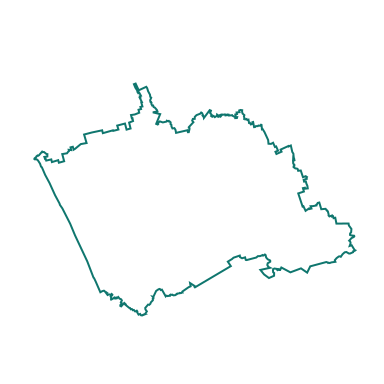 Angel R. Cabada, Veracruz, Mexico, rotated 246°
{"feature_id": "50627088B47201282051967", "entity_name": "Angel R. Cabada", "entity_type": "district", "adm_level": 2, "iso_a3": "MEX", "parent_name": "Mexico", "parent_adm1": "Veracruz", "projection": "albers", "projection_center": [-95.399, 18.593], "detail": "fine", "context": "isolated", "style": "outline", "palette": "teal", "viewbox_px": 384, "rotation_deg": 246, "n_neighbors": 0, "source": "geoboundaries", "source_scale": "gbopen_adm2", "svg_char_len": 5986}
<svg xmlns="http://www.w3.org/2000/svg" viewBox="0 0 384 384"><g transform="rotate(246 192 192)"><path d="M250.3,212.9L252.5,201.5L255.6,202.2L257.5,201.9L258.0,200.0L260.2,199.9L261.8,200.5L262.8,200.0L264.3,200.8L265.5,200.3L265.7,199.7L266.4,199.7L266.9,198.3L267.3,198.0L266.7,197.4L267.4,193.7L269.6,191.3L269.1,189.6L268.7,189.0L267.8,188.8L267.6,188.1L268.8,187.0L276.1,194.6L280.7,188.6L279.7,193.2L281.2,193.3L284.2,192.4L285.2,191.5L286.8,191.7L287.1,190.8L289.0,190.7L290.0,191.3L290.8,190.8L291.1,191.1L291.5,190.8L292.3,190.9L293.1,191.3L294.7,193.1L295.9,192.6L298.0,193.2L301.9,192.9L305.2,193.3L306.7,193.0L306.6,184.7L314.0,184.6L314.1,182.8L310.3,182.7L306.5,183.3L306.6,183.7L305.4,183.6L305.4,182.9L304.1,183.1L304.2,184.2L300.6,184.5L300.6,183.2L299.3,183.2L299.4,182.6L294.4,182.8L294.5,182.1L290.3,181.5L290.7,179.5L288.5,179.2L288.9,176.6L285.9,176.0L286.1,171.3L287.1,167.6L283.7,167.0L283.6,167.6L280.8,167.0L281.0,162.8L275.0,161.7L275.6,157.6L281.8,158.6L283.1,150.7L279.0,150.2L279.4,147.7L279.9,144.9L280.5,144.9L282.0,134.5L284.9,135.0L287.1,124.7L288.4,116.8L279.6,115.6L281.0,109.9L279.0,102.7L278.8,101.1L281.8,101.5L282.2,99.2L279.4,98.7L280.7,96.5L279.4,96.2L279.0,94.9L278.2,93.6L279.4,88.9L272.1,87.7L272.9,82.3L275.5,82.7L276.3,76.2L279.0,76.7L280.0,71.6L281.8,71.8L281.9,71.2L284.1,71.4L283.3,74.3L285.4,75.3L285.9,74.5L288.8,73.0L289.2,71.5L289.8,71.4L287.8,67.1L287.7,66.0L288.2,65.7L287.8,64.3L287.3,63.9L286.8,61.9L286.3,61.4L285.8,61.6L285.1,63.3L283.6,64.1L279.7,64.7L276.6,64.4L275.7,64.9L273.9,64.9L267.5,64.8L258.1,65.5L244.8,65.6L235.4,66.3L234.0,66.1L229.8,66.9L212.6,67.8L200.1,67.5L171.2,68.1L153.8,67.2L153.2,67.5L149.3,67.6L137.7,67.5L137.9,69.6L137.7,71.3L137.4,71.7L135.4,72.3L135.4,72.8L134.5,73.3L134.4,72.5L132.2,73.0L132.3,74.4L131.1,76.3L131.5,77.1L130.6,77.5L130.0,77.0L129.9,76.1L130.2,76.2L129.8,75.2L128.1,75.2L127.1,74.4L126.6,74.4L126.7,76.3L127.2,78.1L126.0,78.4L126.4,79.5L125.9,79.6L126.0,80.2L125.5,80.3L126.1,81.9L124.1,82.4L122.7,83.7L121.4,83.8L120.2,82.2L119.5,82.6L119.0,82.3L117.8,80.5L117.0,80.2L116.3,80.8L118.2,85.0L116.5,85.7L116.3,85.2L111.7,87.5L111.2,88.2L109.8,88.3L109.6,89.3L109.0,89.6L109.0,90.5L108.7,89.9L108.1,89.9L107.9,90.9L106.1,91.4L105.8,92.2L106.0,93.3L105.1,93.5L104.5,93.0L101.7,93.3L101.7,95.0L100.2,95.2L99.5,96.2L99.4,99.2L99.7,98.8L99.7,99.6L101.3,102.2L103.6,101.7L105.1,102.1L107.0,106.1L106.4,106.7L106.1,106.4L106.8,108.5L107.9,109.5L109.0,112.2L110.4,112.7L110.4,113.4L111.0,113.8L112.3,113.5L111.9,114.0L116.2,119.0L116.7,121.6L116.7,122.8L116.1,123.4L115.1,123.6L115.0,124.8L107.5,125.5L107.9,126.1L107.5,126.8L107.0,127.0L106.2,129.6L106.8,129.8L107.0,130.8L106.0,132.0L106.1,132.4L105.1,133.1L104.6,134.6L104.8,136.5L105.2,136.6L105.2,137.3L104.6,139.0L104.8,139.8L104.2,140.5L104.1,141.3L104.5,142.2L104.2,142.5L105.0,142.8L106.4,150.2L106.4,152.4L109.6,153.2L105.0,156.2L104.4,155.7L103.7,155.9L108.5,197.3L113.8,196.4L114.5,201.4L115.1,203.2L114.5,209.8L112.9,209.4L111.1,210.8L110.7,213.9L108.1,213.5L107.6,214.2L106.0,224.1L106.6,226.0L105.7,228.3L105.7,230.8L105.0,231.0L104.9,231.7L105.3,233.0L105.0,233.4L104.4,233.6L102.0,233.1L99.7,233.8L97.9,235.4L97.3,235.5L96.5,235.1L96.1,232.2L94.7,231.1L92.5,231.3L91.0,232.5L93.0,222.8L87.4,224.3L82.1,227.3L82.1,232.9L84.6,234.1L85.6,233.5L87.8,234.2L88.5,234.9L88.6,236.1L87.0,238.6L86.6,238.1L85.9,238.3L86.2,239.9L85.3,239.9L84.9,240.8L86.7,242.9L78.6,249.2L77.9,260.5L71.5,264.4L76.0,269.8L73.4,286.2L72.3,287.4L71.8,287.5L71.8,288.1L71.1,288.9L71.0,290.7L69.9,294.6L71.6,294.7L72.8,297.2L73.4,299.9L73.0,301.1L72.3,301.6L73.9,304.2L74.8,306.9L74.4,308.6L71.9,310.4L71.5,311.3L71.5,314.7L72.3,315.2L72.1,316.7L72.3,317.4L72.9,316.9L78.4,316.2L78.6,314.1L80.4,315.8L81.5,316.3L82.7,316.3L83.6,315.8L85.0,318.9L85.1,321.5L85.6,322.3L86.1,322.3L87.6,319.8L88.5,318.9L89.8,319.6L90.5,321.0L93.4,322.6L97.6,321.7L99.5,322.2L104.4,311.1L110.2,312.4L110.5,310.7L112.4,311.0L112.5,310.0L113.6,310.3L113.8,307.6L115.0,307.2L115.9,307.7L118.9,308.2L120.1,308.0L120.2,307.6L122.3,307.2L123.7,303.1L130.6,304.0L130.9,302.4L129.9,301.1L129.8,300.4L129.1,300.2L129.9,296.8L130.8,294.6L128.3,294.4L128.7,292.2L129.4,292.2L128.6,288.1L133.7,288.0L133.7,287.1L147.5,288.5L146.9,294.4L150.4,294.9L150.0,296.9L149.0,296.7L148.2,299.2L150.7,299.9L153.1,299.9L155.3,300.3L155.9,298.6L157.7,299.0L157.4,302.2L158.3,302.2L158.9,303.1L160.2,302.3L160.4,299.4L167.4,300.1L168.2,297.6L169.9,297.9L170.7,297.4L171.5,296.0L173.4,294.9L174.2,295.3L174.3,296.2L175.4,296.6L175.9,296.2L177.0,296.1L179.4,297.0L179.3,298.5L180.6,298.8L180.7,297.7L182.9,298.8L182.5,299.1L185.8,300.2L187.8,299.9L194.3,301.2L194.3,298.7L194.8,298.7L194.7,290.2L192.4,290.2L192.4,284.6L194.8,284.6L194.8,287.4L199.4,287.4L199.4,286.1L204.0,286.1L203.8,283.8L205.0,281.5L208.5,282.7L217.2,282.6L220.9,282.1L220.9,281.4L225.0,282.8L225.4,282.4L224.8,281.2L225.7,279.7L225.4,278.9L226.2,277.1L225.7,276.0L226.0,275.1L231.1,276.3L231.2,275.5L230.2,275.0L229.7,274.2L229.8,273.2L231.7,273.0L231.9,272.2L235.1,273.0L235.1,272.0L235.6,271.6L236.5,271.6L236.7,270.1L237.6,269.9L237.7,269.5L238.7,270.1L239.8,270.1L240.9,271.1L243.1,270.1L245.0,270.4L246.3,271.1L247.2,269.7L247.3,268.3L245.6,267.9L246.5,265.1L244.9,264.8L245.2,263.1L242.5,262.5L242.0,263.7L241.3,263.1L241.9,261.6L242.7,262.0L245.7,259.6L245.9,259.7L246.8,256.9L247.5,257.0L247.7,256.0L248.3,256.1L248.6,254.8L248.1,254.7L248.4,253.6L249.5,253.6L250.3,250.5L250.7,250.6L250.9,249.6L250.9,248.9L249.7,249.1L249.6,249.4L249.2,248.6L250.1,247.6L250.0,246.5L250.3,246.4L250.5,247.3L250.9,247.3L252.5,246.4L251.5,245.8L251.1,243.3L252.7,242.7L252.5,241.1L253.7,240.4L254.4,241.4L256.7,240.7L258.6,242.4L259.6,241.5L254.8,233.0L255.5,233.2L257.3,232.8L257.3,233.3L260.0,233.3L260.9,232.7L260.2,231.3L260.4,227.4L259.5,225.1L257.7,224.2L258.4,222.5L257.1,221.2L255.2,221.7L252.5,215.4L252.1,215.2L251.4,215.7L250.5,215.3L248.0,213.4L248.3,212.6L250.3,212.9Z" fill="none" stroke="#0f766e" stroke-width="2"/></g></svg>